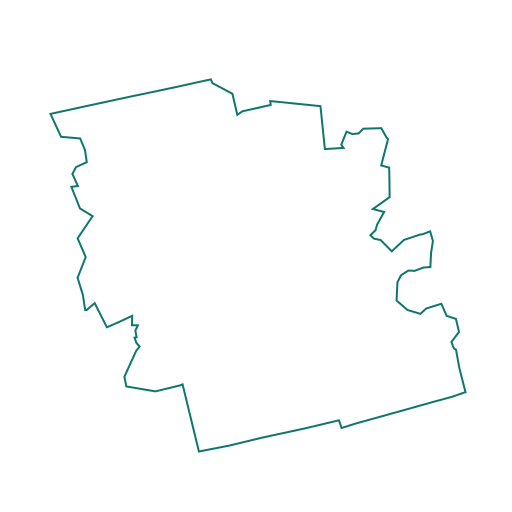 outline of Worcester, Massachusetts, United States of America, rotated 346°
{"feature_id": "52423323B99860119642972", "entity_name": "Worcester", "entity_type": "district", "adm_level": 2, "iso_a3": "USA", "parent_name": "United States of America", "parent_adm1": "Massachusetts", "projection": "robinson", "projection_center": [-71.838, 42.365], "detail": "fine", "context": "isolated", "style": "outline", "palette": "teal", "viewbox_px": 512, "rotation_deg": 346, "n_neighbors": 0, "source": "geoboundaries", "source_scale": "gbopen_adm2", "svg_char_len": 1613}
<svg xmlns="http://www.w3.org/2000/svg" viewBox="0 0 512 512"><g transform="rotate(346 256 256)"><path d="M77.2,267.1L78.7,267.4L88.1,262.7L94.1,289.1L107.0,286.9L121.4,284.1L118.9,293.2L124.6,294.7L120.9,299.2L120.5,306.0L118.4,305.8L118.9,311.3L121.2,315.7L116.9,318.9L99.1,341.3L98.6,351.2L125.6,363.0L150.8,363.2L153.7,362.8L153.3,431.9L167.7,432.6L168.7,432.7L184.2,433.5L216.9,433.7L227.3,434.0L258.2,435.0L261.1,435.1L296.8,435.5L297.4,443.6L311.6,442.7L348.1,441.7L363.3,441.3L379.8,440.8L388.3,440.6L392.6,440.4L400.1,440.3L413.1,440.0L413.7,440.0L413.8,439.9L424.6,438.9L425.1,438.9L425.6,438.8L426.3,438.8L426.3,431.2L426.2,413.7L427.4,395.4L425.6,393.4L424.8,386.7L434.6,378.8L434.8,365.4L426.5,360.2L424.3,347.2L408.5,348.1L401.5,351.9L389.9,345.0L381.6,333.2L382.9,329.0L386.9,315.7L392.0,309.8L400.3,307.0L403.9,308.0L406.2,308.8L415.8,307.7L422.5,308.9L426.6,295.4L431.3,284.2L430.9,274.2L423.0,275.2L420.5,274.9L403.4,276.2L388.9,284.3L380.8,270.7L374.7,267.7L372.0,263.5L378.2,259.9L381.2,254.7L391.0,244.3L380.7,238.7L399.9,231.2L404.3,212.6L406.6,202.5L399.4,198.4L412.4,174.5L411.3,172.5L408.5,162.3L390.8,158.4L385.3,161.9L379.0,161.0L373.9,157.3L365.7,168.6L367.1,172.3L348.7,168.9L354.8,126.2L307.3,109.1L306.8,113.0L277.9,112.3L272.0,114.5L272.4,92.9L255.6,77.8L254.9,73.7L242.1,73.3L219.6,72.7L178.2,71.2L177.0,71.1L164.3,70.7L158.6,70.5L124.9,69.4L91.0,68.4L95.7,93.2L113.8,99.4L115.7,111.8L114.5,124.0L102.9,126.2L97.7,131.9L100.1,145.0L93.6,144.2L96.7,167.3L107.1,177.8L87.2,195.7L90.5,215.8L77.6,234.0L78.6,252.1L77.2,267.1Z" fill="none" stroke="#0f766e" stroke-width="2"/></g></svg>